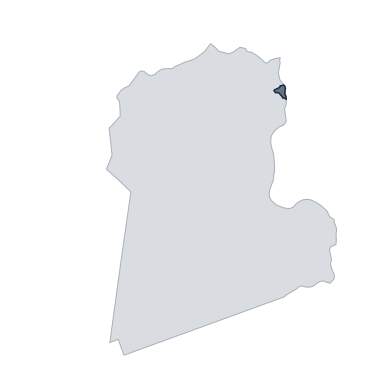 Libya, with Tajura' wa an Nawahi al Arba highlighted, rotated 70°
{"feature_id": "LBY-2978", "entity_name": "Tajura' wa an Nawahi al Arba", "entity_type": "Municipality", "adm_level": 1, "iso_a3": "LBY", "parent_name": "Libya", "parent_adm1": "", "projection": "mercator", "projection_center": [13.403, 32.626], "detail": "fine", "context": "in_parent", "style": "filled", "palette": "slate", "viewbox_px": 384, "rotation_deg": 70, "n_neighbors": 0, "source": "natural_earth", "source_scale": "10m", "svg_char_len": 3487}
<svg xmlns="http://www.w3.org/2000/svg" viewBox="0 0 384 384"><g transform="rotate(70 192 192)"><path d="M62.5,121.6L64.5,120.6L67.4,119.4L68.8,118.6L69.5,117.8L71.6,114.8L72.7,113.1L74.2,110.8L74.9,109.2L74.9,107.8L74.7,106.0L73.5,101.7L72.5,97.5L73.3,95.9L73.9,95.1L75.2,93.1L75.7,92.7L78.6,92.1L79.7,90.8L80.6,89.2L80.8,88.3L82.1,87.4L83.6,86.5L84.5,85.3L87.5,83.5L90.2,81.8L93.4,80.1L95.9,78.7L96.4,77.5L96.4,76.5L95.0,74.1L95.0,71.4L95.1,69.0L95.2,67.7L95.8,63.9L95.9,63.3L98.4,64.6L101.1,65.1L108.9,69.8L111.4,70.4L116.8,71.0L123.3,69.0L125.7,68.7L130.0,70.5L131.8,71.0L135.0,71.2L140.4,72.8L141.7,73.4L144.9,76.0L146.4,76.8L157.5,79.1L159.0,80.7L160.6,83.7L160.6,87.5L161.5,90.2L162.9,93.7L164.6,96.2L166.4,98.2L168.5,99.5L173.4,101.4L178.9,102.1L184.5,102.4L194.0,105.0L202.1,108.0L204.1,109.5L208.1,111.0L216.2,118.0L220.6,120.4L223.8,120.9L226.6,120.5L231.6,118.0L233.7,116.6L238.7,110.5L240.4,107.3L241.0,105.1L240.9,102.8L240.2,100.7L238.8,98.5L237.9,95.7L237.3,90.5L238.1,86.9L239.0,84.8L240.5,82.6L244.7,78.4L248.9,75.4L256.3,71.5L260.6,71.4L262.4,71.0L266.0,68.2L267.4,68.1L269.4,68.8L275.2,68.6L277.8,69.4L280.9,71.1L284.7,72.2L287.5,73.2L290.4,74.6L291.0,78.0L290.7,79.0L290.7,80.3L293.7,82.7L302.3,83.8L304.0,84.4L306.3,86.2L307.8,86.7L313.7,87.0L317.1,86.6L320.4,87.2L321.6,87.8L322.9,89.2L324.4,92.6L325.0,93.7L324.3,94.3L323.4,95.4L322.8,96.5L321.3,98.2L320.0,100.0L320.1,102.7L320.4,105.4L321.3,108.0L322.0,111.0L321.8,112.9L321.2,115.2L320.4,117.2L317.9,121.2L317.5,122.2L317.6,123.5L319.2,128.3L319.3,129.8L320.2,134.4L321.0,138.1L322.0,141.1L322.1,141.9L322.1,146.2L322.1,150.5L322.1,154.8L322.1,159.1L322.1,163.4L322.1,167.6L322.1,171.9L322.1,176.1L322.1,180.4L322.1,184.6L322.1,188.8L322.1,193.0L322.1,197.3L322.1,201.5L322.1,205.6L322.1,209.8L322.1,214.0L322.1,218.2L322.1,222.3L322.1,226.5L322.1,230.6L322.1,234.8L322.1,238.9L322.1,243.0L322.1,247.1L322.1,251.3L322.1,255.4L322.1,259.5L322.1,263.5L322.1,267.6L322.1,271.7L322.1,275.8L322.1,284.8L322.1,293.8L322.1,302.7L322.1,311.6L321.9,311.8L317.8,311.8L313.6,311.8L309.5,311.7L305.3,311.7L305.3,314.0L305.3,316.2L305.3,318.4L305.3,320.7L297.3,316.4L289.2,312.2L281.2,308.0L273.2,303.7L265.1,299.5L257.1,295.3L249.0,291.0L241.0,286.7L232.9,282.5L224.9,278.2L216.9,273.9L208.8,269.6L200.8,265.3L192.7,261.0L184.7,256.7L176.6,252.4L171.1,249.4L165.1,252.3L160.4,254.6L154.2,257.6L147.1,261.5L141.6,264.5L141.4,264.5L141.1,264.4L135.5,259.3L131.0,255.3L129.1,254.2L120.7,252.2L112.4,250.2L103.6,248.1L102.1,244.8L100.3,241.2L97.9,236.7L96.4,233.9L95.9,233.4L89.2,231.2L82.1,229.1L78.0,230.4L77.3,230.3L76.1,229.5L74.9,228.3L74.3,226.8L72.6,224.7L71.1,219.8L70.9,216.0L70.6,214.6L66.9,209.2L63.6,204.2L61.3,200.9L60.9,199.4L61.2,197.6L62.1,195.9L65.3,194.0L68.2,191.8L68.6,190.4L68.8,186.3L67.9,185.0L67.2,182.6L66.4,179.3L66.4,177.2L67.7,173.0L69.2,168.5L68.2,163.7L67.5,153.8L68.0,146.0L67.6,143.2L67.3,142.0L66.3,138.3L65.1,134.5L64.6,133.1L63.0,130.0L60.4,126.2L59.0,123.8L60.9,122.6L62.5,121.6Z" fill="#d9dde1" stroke="#a8b0b8" stroke-width="1"/><path d="M122.7,69.4L122.9,69.4L123.5,68.9L123.7,68.7L124.1,68.7L125.3,68.6L126.9,68.9L127.1,69.0L130.6,70.9L131.3,71.1L134.2,71.0L134.9,71.1L136.3,71.5L137.0,71.8L135.9,72.8L134.6,74.2L134.6,74.6L133.0,74.7L132.8,74.8L130.6,75.8L129.8,76.0L128.6,76.4L127.7,78.3L127.4,79.3L126.9,79.7L124.9,80.3L124.1,79.2L124.2,77.8L123.9,75.6L123.7,74.0L122.3,72.6L122.8,71.3L122.7,69.7L122.7,69.4L122.7,69.4Z" fill="#64748b" stroke="#1e293b" stroke-width="1.5"/></g></svg>